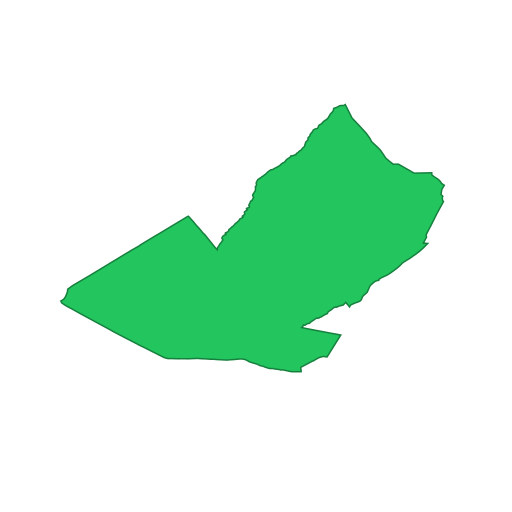 the district of Wajir West, North-Eastern, Kenya, rotated 75°
{"feature_id": "3690345B86127058354537", "entity_name": "Wajir West", "entity_type": "district", "adm_level": 2, "iso_a3": "KEN", "parent_name": "Kenya", "parent_adm1": "North-Eastern", "projection": "equal_earth", "projection_center": [39.437, 1.649], "detail": "fine", "context": "isolated", "style": "filled", "palette": "green", "viewbox_px": 512, "rotation_deg": 75, "n_neighbors": 0, "source": "geoboundaries", "source_scale": "gbopen_adm2", "svg_char_len": 6132}
<svg xmlns="http://www.w3.org/2000/svg" viewBox="0 0 512 512"><g transform="rotate(75 256 256)"><path d="M132.8,130.6L133.1,131.4L133.3,132.4L132.8,134.1L132.6,135.5L132.6,136.3L132.7,137.0L133.3,139.5L133.4,140.0L133.4,141.8L133.5,142.6L133.7,142.8L134.7,143.3L135.8,143.9L136.1,144.2L137.4,146.2L138.2,147.6L138.8,148.1L139.4,148.4L139.6,148.7L140.0,149.5L141.0,150.2L141.3,150.6L141.6,151.4L142.1,151.9L142.4,152.3L142.7,153.7L143.0,154.6L143.2,155.1L143.8,156.3L144.4,157.4L145.3,158.4L145.4,159.1L145.7,160.4L146.0,161.3L146.4,161.7L148.0,162.9L148.3,163.1L148.6,163.6L148.7,164.1L148.7,164.5L148.6,165.3L148.7,166.5L148.9,167.3L149.1,168.0L149.4,168.3L150.0,168.7L150.7,169.6L151.2,170.2L151.9,171.4L152.2,171.8L153.0,172.3L153.3,172.7L153.9,172.8L154.1,173.0L154.3,173.3L154.9,174.6L155.4,175.2L155.7,175.4L156.6,175.4L157.1,175.7L157.5,176.0L158.4,177.8L159.3,178.8L160.4,179.4L161.0,179.9L161.9,180.2L162.7,180.9L163.0,181.3L163.8,183.0L164.3,183.7L165.2,184.6L165.3,184.8L165.4,185.2L165.6,186.1L165.9,186.8L167.1,189.1L167.2,189.3L167.4,190.4L167.9,190.8L168.6,191.3L168.4,192.2L168.5,193.2L168.6,194.8L168.6,195.3L168.3,196.2L168.6,196.6L169.2,197.3L169.6,197.9L170.1,199.7L170.6,201.1L171.1,202.0L172.4,203.7L172.7,204.3L172.9,205.1L173.0,206.0L173.3,206.6L173.7,207.9L174.4,208.8L175.4,211.7L175.6,212.8L175.9,213.8L176.1,215.1L176.5,216.5L176.8,217.7L176.6,219.0L176.6,219.6L177.0,220.5L177.7,222.5L178.2,223.4L179.4,225.5L180.1,227.4L180.6,228.3L180.8,229.5L181.2,230.2L181.7,231.5L181.9,232.3L182.6,234.1L182.7,234.4L183.0,234.8L185.2,236.8L185.8,237.0L186.7,236.9L187.0,237.0L187.5,237.3L188.1,237.5L188.6,238.2L189.2,238.9L189.8,238.6L190.1,238.7L191.1,239.2L192.3,239.6L192.7,239.8L192.9,239.9L193.7,240.9L194.8,241.9L195.6,243.0L196.4,243.5L197.0,243.6L197.8,243.3L198.7,243.0L199.1,243.6L199.7,244.0L200.3,244.6L200.5,244.7L200.8,245.2L201.4,245.5L201.5,245.7L201.6,246.8L201.7,247.1L201.9,247.3L202.5,247.6L203.0,247.9L203.8,248.8L204.6,249.2L205.1,249.9L206.4,249.6L206.8,249.6L207.1,249.7L207.3,250.2L207.4,251.9L207.5,252.3L207.5,252.5L207.8,253.0L208.0,253.1L208.4,252.8L208.6,252.3L209.0,252.2L209.2,252.4L209.5,252.9L209.9,254.6L210.5,255.7L210.7,255.9L211.0,256.0L212.2,255.9L212.8,256.2L213.0,256.6L213.4,257.3L213.9,258.7L214.0,258.9L214.4,258.9L215.1,258.4L215.3,258.6L215.6,260.1L215.9,261.0L216.2,262.4L217.3,263.1L217.6,263.7L217.9,264.5L218.0,264.8L218.7,265.7L218.8,265.9L219.1,267.1L219.4,267.7L219.6,268.0L220.7,269.4L221.1,270.1L221.5,271.3L221.9,272.2L222.4,272.9L223.4,275.2L224.2,275.8L224.8,276.1L225.3,277.0L225.5,277.5L225.6,278.7L225.8,279.6L226.0,279.8L226.5,279.8L226.9,279.5L227.3,279.4L227.6,279.8L227.6,280.5L227.7,281.2L228.1,282.4L228.3,282.9L229.7,284.3L230.4,284.3L231.6,283.9L231.8,283.9L232.0,284.0L232.4,284.3L232.9,285.0L234.1,286.3L234.8,287.5L235.8,288.6L236.8,289.4L237.4,290.3L238.0,290.9L238.5,291.3L239.9,291.8L237.0,293.4L222.2,299.9L221.3,300.4L220.7,300.9L220.2,301.2L215.7,303.2L210.5,305.9L206.7,307.6L200.1,311.0L200.1,311.7L209.4,344.0L209.9,346.0L215.3,364.7L216.0,366.3L218.1,374.4L220.8,383.8L223.9,394.4L232.2,423.0L236.9,440.1L237.5,441.8L238.7,444.8L239.2,446.3L240.3,446.9L241.6,447.3L242.9,448.2L246.1,450.6L247.2,452.0L248.1,453.0L248.4,454.3L248.8,455.3L249.0,456.2L249.4,456.0L250.8,455.9L251.4,455.5L253.5,453.7L256.1,451.2L259.4,447.6L267.2,439.6L273.8,432.6L289.5,416.0L292.2,413.3L301.4,403.3L312.8,390.8L314.4,388.9L321.8,380.6L329.2,372.3L330.5,370.8L332.3,367.6L332.5,367.0L332.9,365.4L333.1,364.5L334.6,359.6L335.1,357.8L336.0,354.4L338.0,347.0L339.0,342.5L339.7,339.5L340.0,338.4L340.9,335.9L342.8,329.9L343.9,326.8L344.8,323.6L345.9,320.6L349.0,311.0L349.2,309.9L349.4,308.6L350.1,305.2L350.5,303.0L351.1,299.2L351.6,297.1L352.0,295.8L353.0,293.7L353.6,292.8L354.2,292.1L356.4,289.9L356.8,289.4L360.8,282.9L361.4,282.2L362.4,281.1L363.1,280.2L364.1,278.1L364.5,277.6L364.9,277.0L365.7,276.0L367.5,273.2L368.5,271.2L368.7,270.2L369.1,268.8L369.4,268.1L369.9,267.4L370.7,265.2L372.0,262.4L372.7,261.2L372.7,260.3L372.9,259.7L373.2,259.0L375.7,254.2L376.2,253.2L376.7,252.3L377.3,250.4L379.1,243.6L379.4,242.3L378.0,242.0L376.0,241.8L375.1,241.5L373.4,234.0L372.1,228.5L372.2,227.8L371.3,224.9L370.6,222.0L370.4,220.6L370.4,219.2L370.5,217.0L370.8,216.0L371.6,214.4L371.9,213.5L354.3,194.6L340.7,222.9L337.0,230.3L336.6,229.3L336.1,228.9L335.7,228.9L335.2,228.6L335.0,227.9L335.1,227.5L335.4,227.1L335.5,226.4L335.2,225.4L334.9,224.7L334.6,223.8L334.8,222.8L334.9,222.1L334.6,221.2L334.0,220.3L333.6,219.3L332.4,215.6L332.1,214.9L331.7,213.9L331.7,213.7L331.7,213.3L332.1,212.5L332.2,212.0L332.2,211.4L331.8,210.3L331.7,209.9L331.7,208.5L331.5,208.0L331.2,207.4L330.9,206.2L330.4,204.2L330.3,203.2L330.2,202.3L329.7,201.7L329.2,201.3L328.6,200.6L328.2,199.8L328.1,199.2L327.5,197.9L327.5,197.4L327.1,196.5L326.4,195.4L326.3,194.8L326.0,194.1L325.9,192.7L326.0,192.5L326.3,191.8L326.1,191.3L326.0,190.9L326.2,190.6L326.2,190.0L325.9,189.2L325.8,188.8L325.8,188.1L325.9,187.8L326.0,186.8L325.9,186.5L325.9,185.7L326.0,184.8L325.9,184.4L325.7,184.1L324.1,181.3L329.4,178.8L328.5,178.0L327.8,177.1L327.6,176.1L326.9,171.4L326.9,169.9L326.6,167.9L326.3,166.8L325.4,165.5L324.1,164.5L322.9,163.7L321.8,162.0L321.1,160.4L319.8,158.0L314.6,153.8L313.5,152.2L311.8,148.7L311.3,147.3L311.1,145.6L311.3,143.8L311.0,143.8L310.4,143.4L309.5,140.6L308.4,134.4L307.4,131.0L305.8,126.8L304.3,123.1L303.6,121.7L302.9,120.1L300.7,116.4L300.1,114.8L297.7,106.9L297.1,105.4L296.3,103.3L295.7,101.4L293.7,96.6L291.2,91.7L290.3,90.3L288.3,86.9L286.9,91.0L281.8,86.3L281.0,86.4L279.7,86.2L278.4,85.2L272.8,80.0L261.8,70.2L251.9,60.8L251.7,60.9L250.6,61.3L249.7,61.3L248.6,61.1L247.6,60.8L247.2,60.6L246.9,60.2L246.7,60.1L246.4,60.2L244.8,61.2L244.3,61.3L239.7,59.2L236.4,55.8L234.9,57.1L234.0,58.0L232.5,58.4L230.6,59.2L228.6,60.6L226.0,63.0L223.8,64.8L223.1,65.0L221.9,65.0L221.1,64.7L216.9,81.8L204.1,94.7L202.9,99.6L199.7,102.1L195.2,105.2L193.1,106.0L191.6,106.4L187.2,108.0L186.2,108.3L182.8,110.2L178.1,113.1L175.7,114.6L174.3,115.0L171.9,115.5L166.0,117.7L157.4,122.2L147.6,127.5L132.8,130.6Z" fill="#22c55e" stroke="#15803d" stroke-width="1.5"/></g></svg>